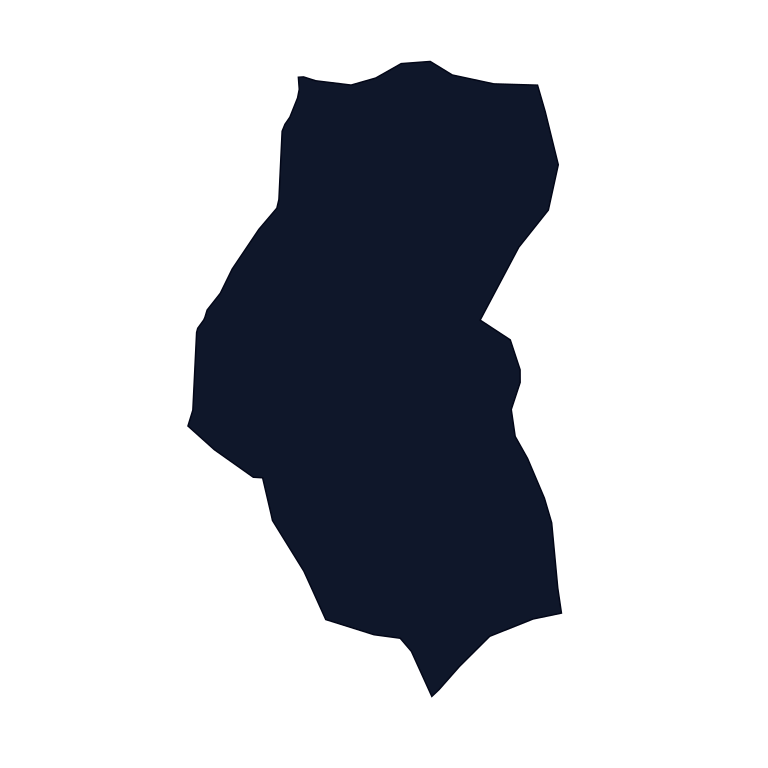 the border of Al Marqab, rotated 263°
{"feature_id": "LBY-2966", "entity_name": "Al Marqab", "entity_type": "Municipality", "adm_level": 1, "iso_a3": "LBY", "parent_name": "Libya", "parent_adm1": "", "projection": "mercator", "projection_center": [14.087, 32.352], "detail": "fine", "context": "isolated", "style": "filled", "palette": "ink", "viewbox_px": 768, "rotation_deg": 263, "n_neighbors": 0, "source": "natural_earth", "source_scale": "10m", "svg_char_len": 876}
<svg xmlns="http://www.w3.org/2000/svg" viewBox="0 0 768 768"><g transform="rotate(263 384 384)"><path d="M366.2,184.3L381.4,191.1L458.0,204.3L462.0,205.9L469.5,212.9L472.0,214.4L479.0,217.5L494.0,232.6L516.7,247.4L552.8,278.7L571.6,299.1L580.0,302.2L647.3,313.7L653.9,317.4L660.3,323.1L678.5,333.1L686.8,335.8L698.9,336.4L698.6,341.6L693.3,353.1L684.7,387.8L688.7,413.1L699.9,440.1L698.5,469.2L682.4,489.4L668.5,529.5L661.9,572.8L634.7,577.2L580.4,583.7L536.6,568.3L503.4,534.5L435.7,487.2L412.4,514.7L381.6,520.8L368.9,519.3L343.2,507.2L316.0,507.8L292.6,517.4L251.1,529.3L225.8,533.5L160.4,531.6L135.0,532.2L132.6,503.3L120.7,458.2L94.5,424.5L74.0,401.4L68.1,393.4L115.3,378.6L129.7,369.1L136.4,343.5L157.3,297.5L188.2,287.9L207.9,281.7L262.1,256.7L268.5,256.1L305.7,252.1L307.4,242.9L339.5,207.6L366.2,184.3Z" fill="#0f172a" stroke="#020617" stroke-width="1.5"/></g></svg>